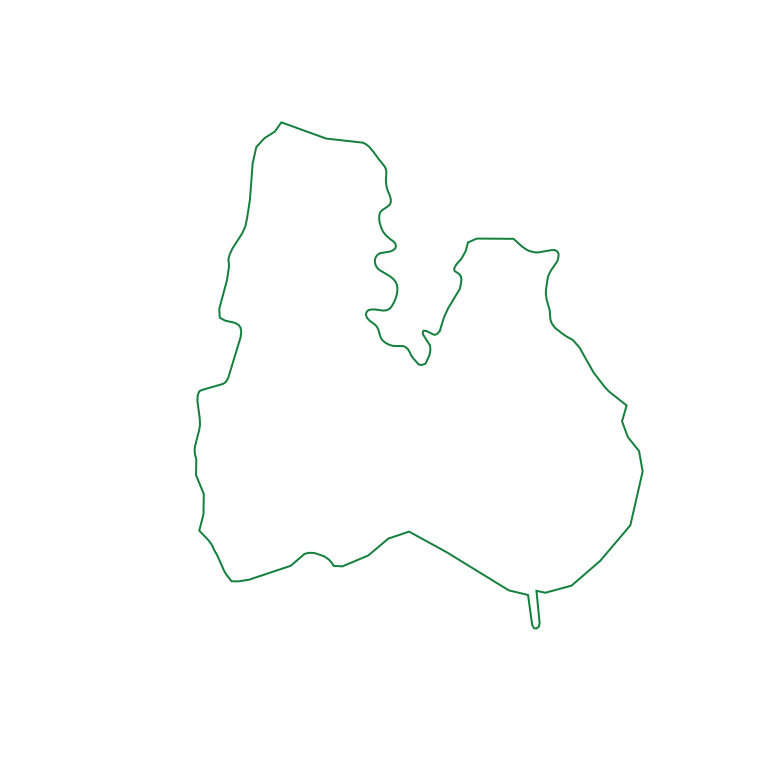 the County of North Tipperary, rotated 341°
{"feature_id": "IRL-724", "entity_name": "North Tipperary", "entity_type": "County", "adm_level": 1, "iso_a3": "IRL", "parent_name": "Ireland", "parent_adm1": "", "projection": "albers", "projection_center": [-8.01, 52.847], "detail": "fine", "context": "isolated", "style": "outline", "palette": "green", "viewbox_px": 768, "rotation_deg": 341, "n_neighbors": 0, "source": "natural_earth", "source_scale": "10m", "svg_char_len": 2878}
<svg xmlns="http://www.w3.org/2000/svg" viewBox="0 0 768 768"><g transform="rotate(341 384 384)"><path d="M553.7,288.9L559.2,298.8L562.5,303.4L564.5,305.4L569.2,308.5L572.2,309.7L586.2,312.0L589.3,313.1L591.0,315.1L591.4,318.1L589.8,321.6L587.8,324.3L578.6,331.2L574.6,335.1L573.1,337.4L567.5,348.3L566.1,352.4L565.2,357.9L564.7,368.1L562.3,377.5L562.4,381.5L564.0,386.6L569.1,394.6L572.3,398.8L576.9,403.9L580.7,413.1L585.9,441.4L591.6,458.3L594.2,464.2L606.4,483.3L596.9,496.8L597.3,513.5L603.3,530.5L600.1,550.9L570.9,597.8L530.9,621.6L495.7,635.7L468.6,633.9L460.8,629.2L453.3,660.8L451.3,663.9L448.5,664.8L446.3,663.8L445.7,659.9L451.5,630.4L434.9,619.8L425.3,608.2L388.7,563.7L359.6,531.7L337.7,531.6L313.4,541.0L285.4,542.9L277.2,539.6L276.5,536.3L274.7,532.0L271.2,527.3L263.0,521.0L257.8,519.1L253.4,518.8L236.7,525.5L192.2,525.1L181.8,523.1L175.6,520.9L172.6,511.9L172.0,508.6L170.6,492.2L170.4,490.4L169.7,487.7L168.7,479.3L166.9,474.0L161.6,462.5L170.9,448.4L177.8,429.3L176.6,409.0L182.0,394.1L182.3,389.4L183.4,384.9L184.9,381.5L194.5,367.0L196.8,362.5L198.5,356.8L202.1,339.1L204.3,333.8L207.1,330.7L210.2,330.4L231.8,331.5L234.9,330.7L238.4,327.9L263.7,293.0L266.0,288.2L266.7,283.8L265.8,281.0L264.1,278.8L262.0,277.0L254.5,272.4L250.3,267.9L252.6,259.5L269.4,234.6L275.8,222.3L277.5,215.5L280.1,211.5L284.7,206.6L299.0,195.4L304.3,189.7L308.6,182.5L317.1,166.4L331.7,132.5L340.4,118.4L351.1,112.6L362.9,109.8L372.1,103.2L409.2,133.1L442.5,148.9L445.1,151.5L447.3,155.0L449.9,162.0L452.5,170.5L453.6,173.3L455.5,178.9L455.7,181.9L455.4,183.8L454.6,186.1L452.4,191.2L451.5,194.2L450.8,197.4L450.4,200.9L450.8,208.1L450.6,211.5L449.6,214.4L447.7,216.4L444.8,217.5L438.7,219.1L436.3,220.5L434.5,222.9L433.4,225.7L432.6,229.1L432.3,232.6L432.3,236.0L432.6,239.3L433.6,242.4L434.8,245.2L437.3,249.4L438.7,251.3L439.6,252.8L440.4,254.8L440.1,257.7L438.6,259.6L435.9,260.6L432.8,260.7L422.9,259.0L420.1,259.7L417.8,261.1L416.0,263.3L415.0,265.9L414.8,269.2L415.4,272.1L416.7,274.6L424.8,284.2L426.8,287.4L428.1,290.7L428.5,294.1L428.0,297.2L427.0,300.2L425.8,302.6L423.7,305.8L420.4,309.7L416.3,313.3L414.1,314.5L412.0,315.0L409.7,315.0L407.1,314.3L399.1,310.3L396.4,309.5L393.3,309.1L390.9,310.3L389.5,312.5L389.4,315.3L390.2,317.8L391.4,320.1L394.8,324.9L396.0,327.8L396.4,331.1L396.0,337.6L396.2,340.6L397.4,343.3L399.1,345.9L401.4,348.3L404.7,350.8L414.6,354.5L416.5,356.2L417.9,358.7L418.6,362.0L418.9,365.2L420.0,369.3L423.2,376.9L425.8,378.3L429.9,378.3L436.4,371.5L439.0,366.8L440.1,362.5L437.1,350.2L437.4,347.8L438.8,346.5L441.5,347.8L446.0,352.5L447.8,354.0L450.5,354.0L453.8,352.3L462.5,340.4L469.4,333.2L486.7,318.7L487.6,317.3L490.1,312.8L491.2,310.4L491.7,307.6L491.1,304.9L489.6,302.7L488.1,300.9L487.4,299.6L488.2,297.4L491.2,294.6L498.1,290.7L504.5,284.9L509.5,277.5L519.1,276.7L553.7,288.9Z" fill="none" stroke="#15803d" stroke-width="2"/></g></svg>